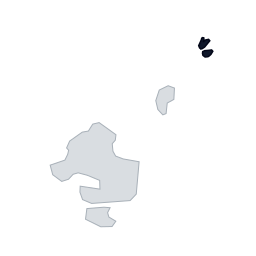 Kökar highlighted on a map of Aland, rotated 280°
{"feature_id": "ALD-4824", "entity_name": "Kökar", "entity_type": "state/province", "adm_level": 1, "iso_a3": "ALA", "parent_name": "Aland", "parent_adm1": "", "projection": "albers", "projection_center": [20.932, 59.931], "detail": "fine", "context": "in_parent", "style": "filled", "palette": "ink", "viewbox_px": 256, "rotation_deg": 280, "n_neighbors": 0, "source": "natural_earth", "source_scale": "10m", "svg_char_len": 1155}
<svg xmlns="http://www.w3.org/2000/svg" viewBox="0 0 256 256"><g transform="rotate(280 128 128)"><path d="M91.6,73.2L95.8,73.4L97.7,71.0L105.0,72.8L116.0,83.7L118.1,89.5L125.7,92.6L128.3,98.6L119.3,117.3L113.8,117.6L109.8,115.2L102.5,117.2L98.2,120.7L96.7,128.5L96.7,144.8L64.3,147.6L56.9,142.7L47.4,105.3L49.6,95.7L56.5,91.8L62.4,91.0L62.9,111.0L71.5,109.2L74.4,96.0L75.2,86.7L72.9,82.0L67.2,78.3L63.9,72.0L68.9,62.0L77.9,57.8L85.4,71.4L91.6,73.2ZM45.8,118.0L46.4,124.2L41.1,122.6L37.0,124.6L34.1,132.2L28.2,129.4L26.0,118.3L30.8,102.0L41.5,101.5L45.8,118.0ZM176.6,160.2L175.4,166.8L164.1,168.2L159.4,162.3L148.8,163.0L147.0,160.0L151.4,154.2L159.8,150.6L170.8,152.2L176.6,160.2Z" fill="#d9dde1" stroke="#a8b0b8" stroke-width="1"/><path d="M228.2,187.5L226.2,187.2L226.2,187.7L228.3,189.3L229.3,192.0L228.1,193.4L221.0,189.4L219.1,187.4L218.4,186.0L218.7,185.7L219.3,184.6L221.4,183.3L227.5,184.9L229.1,185.0L229.9,185.5L230.0,186.9L228.2,187.5ZM213.1,195.5L212.1,194.4L211.3,191.6L212.5,189.2L214.4,188.4L216.2,188.3L217.5,190.1L218.4,193.6L219.4,196.8L218.3,198.2L214.9,196.9L213.1,195.5Z" fill="#0f172a" stroke="#020617" stroke-width="1.5"/></g></svg>